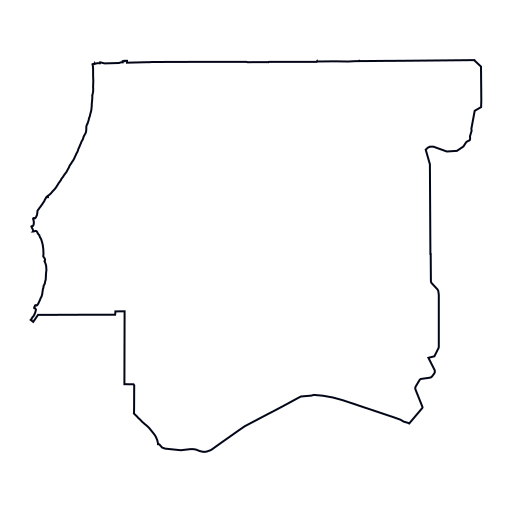 Kwinana, Western Australia, Australia
{"feature_id": "25037944B63650800772080", "entity_name": "Kwinana", "entity_type": "district", "adm_level": 2, "iso_a3": "AUS", "parent_name": "Australia", "parent_adm1": "Western Australia", "projection": "orthographic", "projection_center": [115.805, -32.234], "detail": "fine", "context": "isolated", "style": "outline", "palette": "ink", "viewbox_px": 512, "rotation_deg": 0, "n_neighbors": 0, "source": "geoboundaries", "source_scale": "gbopen_adm2", "svg_char_len": 5595}
<svg xmlns="http://www.w3.org/2000/svg" viewBox="0 0 512 512"><path d="M92.5,64.2L92.5,64.4L92.8,65.4L93.0,67.6L93.1,68.6L93.1,70.0L93.1,71.5L93.1,72.3L93.1,73.3L93.1,74.7L93.2,78.5L93.3,80.9L93.2,83.6L93.2,84.8L93.1,86.1L93.1,87.3L93.2,88.5L93.2,89.3L93.1,90.4L93.2,91.1L92.8,93.2L92.7,93.8L92.5,94.8L92.2,95.5L92.3,95.8L92.3,96.2L92.3,97.6L92.2,99.3L92.1,100.4L92.0,101.9L91.7,104.4L91.8,105.6L91.6,107.2L91.5,107.9L91.4,109.6L91.0,111.5L90.7,112.6L90.2,114.4L89.9,115.9L89.5,117.1L89.1,118.0L88.9,118.5L88.9,119.0L88.8,119.7L87.4,124.0L87.0,124.3L86.3,126.7L86.3,127.1L86.3,128.0L86.3,129.1L86.2,130.3L86.1,131.4L85.8,132.5L85.6,132.9L85.4,133.6L84.7,134.7L84.1,135.7L83.6,136.8L83.1,138.5L82.8,139.4L81.9,140.9L81.5,141.6L80.9,143.3L80.0,145.2L79.5,146.6L79.0,147.6L78.5,148.7L78.2,149.5L77.8,150.9L77.4,151.9L76.5,153.4L76.1,154.3L75.1,156.5L74.0,158.9L73.1,160.5L71.8,162.3L71.2,163.4L70.0,165.1L69.3,166.3L69.1,167.1L68.7,167.9L68.0,169.0L67.7,169.7L67.2,170.5L66.6,171.8L64.9,174.0L64.3,174.8L62.9,177.0L62.6,177.4L62.1,178.0L61.5,178.8L61.1,179.4L61.0,180.0L60.6,180.5L60.1,181.2L59.6,181.9L58.8,182.9L58.0,184.3L57.1,185.7L56.1,187.3L54.9,188.9L53.7,190.2L52.8,191.1L51.7,192.4L50.9,193.4L49.8,194.4L48.8,195.2L47.7,195.9L47.8,196.5L47.9,197.1L47.6,197.1L47.2,196.8L46.6,196.9L46.2,197.3L45.7,198.5L45.1,199.2L44.4,200.9L42.1,204.4L40.8,206.2L40.1,207.2L39.5,207.9L38.5,209.4L38.1,209.8L37.8,210.3L37.4,211.2L37.4,212.0L37.2,213.7L36.9,215.2L36.0,217.1L35.7,217.6L35.0,218.3L34.7,218.4L34.0,218.0L33.8,218.0L33.5,218.1L33.1,218.6L33.1,218.9L33.2,219.3L33.6,220.5L33.7,221.4L33.9,222.5L33.8,223.1L33.6,224.7L33.1,225.7L32.9,225.9L32.4,226.1L31.9,226.1L31.5,226.3L31.4,226.4L31.4,226.6L31.8,227.3L32.1,228.1L32.5,228.8L33.2,230.7L33.3,231.3L33.1,231.5L33.3,231.5L33.8,231.4L34.7,231.1L35.7,230.9L36.3,231.1L36.7,231.4L37.0,231.7L37.5,232.6L37.6,233.1L38.1,233.9L38.3,234.2L39.1,234.9L39.3,235.2L39.7,236.5L40.2,237.6L40.8,238.5L41.2,239.3L41.3,239.7L41.5,240.3L41.7,241.0L41.9,241.6L42.1,242.5L42.3,243.1L42.9,245.7L42.9,246.5L43.2,248.2L43.3,249.0L43.3,249.9L43.4,251.5L43.5,254.8L43.3,255.4L43.2,256.0L43.3,256.5L43.6,257.0L44.1,257.6L44.6,258.4L45.0,259.3L45.0,259.7L45.0,260.3L44.9,260.7L44.5,261.1L44.5,261.4L44.9,262.1L45.3,263.0L46.1,265.6L46.2,266.3L46.2,267.1L46.4,269.5L46.4,270.2L46.0,273.6L45.9,275.9L45.7,279.8L45.2,281.2L45.1,281.8L45.0,282.6L44.8,283.4L44.6,284.0L44.3,284.4L44.2,284.8L43.8,285.5L43.6,285.9L43.5,286.3L43.5,286.7L43.5,287.4L43.4,287.9L43.2,288.2L42.9,289.1L42.8,290.1L42.4,292.4L42.4,293.2L41.8,295.7L41.4,296.8L41.1,297.3L40.7,298.0L40.1,299.6L39.6,300.7L39.2,301.6L38.3,303.5L37.8,304.4L37.3,305.0L36.8,305.4L36.1,305.6L35.6,305.5L35.6,305.2L35.4,305.2L35.1,305.4L34.8,306.1L34.6,306.5L34.4,307.0L34.2,307.5L34.2,308.0L34.3,308.2L34.8,308.1L35.0,308.2L35.7,309.1L35.9,309.5L35.9,310.0L35.6,311.1L35.3,312.3L34.3,314.8L33.9,315.3L33.6,316.0L32.3,317.5L31.7,318.4L31.7,318.9L30.9,319.7L30.7,319.9L33.2,321.9L38.0,314.9L54.9,314.9L59.1,314.8L115.1,314.7L115.3,313.1L115.4,311.4L124.6,311.3L124.4,384.2L133.5,384.3L134.2,385.3L134.1,407.8L134.0,413.2L133.9,413.5L137.0,416.5L138.1,417.8L139.9,419.4L142.3,421.9L142.6,422.2L143.4,422.8L144.3,423.7L146.3,425.3L148.3,427.1L149.5,428.4L153.6,433.5L154.2,434.3L154.8,435.1L155.3,435.9L156.1,437.4L156.7,438.9L157.3,440.3L157.6,441.7L157.8,442.6L158.0,443.5L158.0,444.2L159.1,444.3L159.3,444.4L159.4,444.5L161.8,447.2L162.3,447.6L162.8,447.8L165.4,448.7L165.8,448.7L166.0,448.7L180.4,450.2L181.5,450.2L181.9,450.1L190.7,449.1L191.6,449.1L192.4,449.1L193.7,449.2L195.0,449.4L196.3,449.7L199.3,450.9L200.3,451.2L202.1,451.6L203.9,451.9L204.9,451.8L206.0,451.7L206.9,451.5L210.3,450.3L211.3,449.8L212.2,449.2L220.7,443.1L229.5,436.9L238.0,430.9L242.9,427.5L244.4,426.5L245.4,425.9L254.7,421.0L267.8,414.1L271.5,412.2L281.4,407.0L298.2,397.9L300.9,396.5L311.4,395.6L313.8,394.9L322.8,395.7L332.9,397.5L342.4,400.1L393.2,417.1L400.5,419.7L403.6,421.6L408.1,422.9L409.2,423.5L422.3,408.0L422.4,407.7L422.5,407.4L422.5,407.1L422.4,406.8L415.4,389.3L415.3,388.7L415.3,388.1L415.3,387.6L415.5,387.0L415.7,386.5L419.4,380.3L419.9,379.6L420.3,379.3L420.7,379.0L421.3,378.9L429.8,377.7L430.1,377.6L430.7,377.4L431.2,377.2L431.6,376.8L432.0,376.5L434.3,373.4L434.6,372.8L434.8,372.2L434.8,371.7L434.8,371.1L434.8,370.6L434.6,370.0L428.4,357.8L434.4,356.3L438.4,348.3L438.6,348.0L438.7,347.3L438.8,346.6L438.8,334.3L438.8,296.9L438.8,296.3L438.8,295.6L438.8,295.0L438.3,291.1L438.1,290.5L437.8,290.0L437.5,289.5L437.3,289.2L431.8,283.3L431.4,282.8L431.1,282.2L431.0,281.6L430.9,281.0L430.7,254.0L430.4,254.0L429.9,164.3L427.3,155.2L425.7,149.7L427.8,147.7L428.3,147.4L429.5,147.0L429.6,146.8L430.2,146.7L433.5,146.7L446.8,151.5L456.3,150.9L456.9,150.9L463.4,146.5L466.2,142.2L467.3,141.4L468.0,141.0L469.5,140.4L469.9,139.9L470.1,139.0L470.1,138.3L470.0,136.2L471.6,130.8L471.6,130.4L471.4,129.5L471.4,128.6L474.7,110.8L481.1,107.1L481.3,100.2L481.0,66.6L474.5,60.5L474.4,60.1L444.2,60.4L402.2,60.8L383.6,60.9L373.2,61.0L359.7,61.1L359.6,60.9L359.3,60.7L359.2,60.7L358.9,60.8L358.7,61.1L354.0,61.2L348.7,61.5L346.1,61.5L334.6,61.3L318.2,61.5L317.8,61.6L317.5,61.5L317.2,61.3L317.1,61.1L316.5,61.9L268.9,61.9L268.3,62.2L268.2,62.1L257.2,62.1L248.6,62.2L247.4,62.2L246.9,62.0L246.7,61.9L188.3,61.9L152.2,62.0L149.0,62.2L146.4,62.2L127.0,62.7L127.0,60.8L124.4,60.8L124.4,61.2L122.7,61.2L122.7,62.3L121.1,62.3L118.9,63.0L104.9,63.4L103.7,63.2L100.1,62.3L100.0,62.6L99.9,63.3L98.3,63.2L97.6,63.2L97.3,63.2L96.1,63.5L95.1,63.8L94.8,63.9L94.6,63.4L94.5,63.6L92.5,64.2L92.5,64.2Z" fill="none" stroke="#020617" stroke-width="2"/></svg>